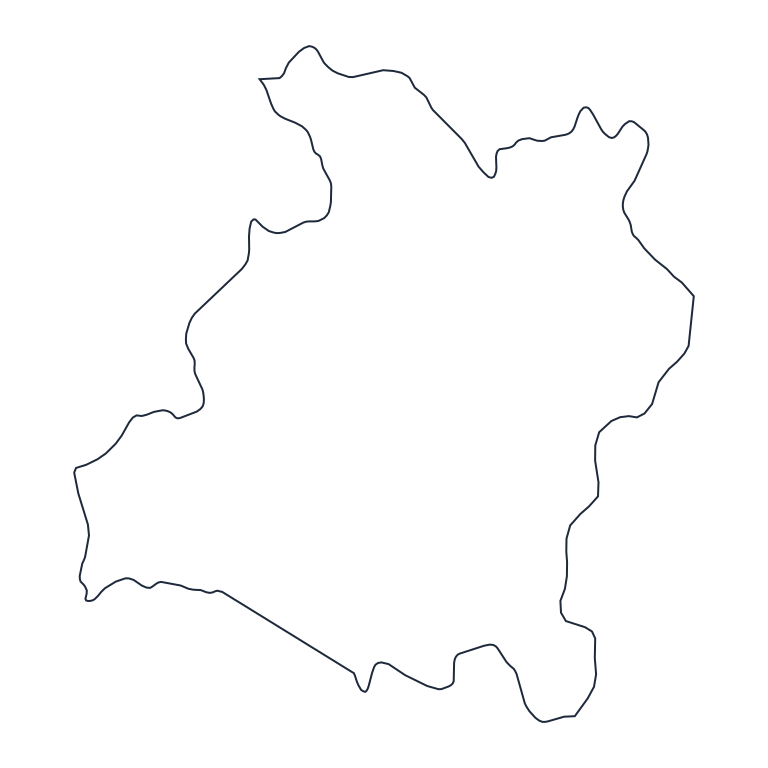 Prachin Buri, Equal Earth projection
{"feature_id": "THA-410", "entity_name": "Prachin Buri", "entity_type": "Province", "adm_level": 1, "iso_a3": "THA", "parent_name": "Thailand", "parent_adm1": "", "projection": "equal_earth", "projection_center": [101.594, 14.089], "detail": "fine", "context": "isolated", "style": "outline", "palette": "slate", "viewbox_px": 768, "rotation_deg": 0, "n_neighbors": 0, "source": "natural_earth", "source_scale": "10m", "svg_char_len": 4150}
<svg xmlns="http://www.w3.org/2000/svg" viewBox="0 0 768 768"><path d="M87.9,601.0L86.1,600.4L85.4,598.8L86.6,593.9L86.8,590.4L84.9,586.3L83.3,584.3L80.6,581.6L79.9,579.3L79.7,576.0L82.3,563.4L83.6,560.8L84.8,557.8L85.2,556.4L89.0,535.4L87.9,524.5L78.3,493.4L74.2,472.7L74.9,470.7L76.1,467.9L86.2,464.8L97.4,459.3L105.8,453.5L115.8,443.6L121.7,435.6L129.1,422.4L132.8,417.6L136.5,415.4L141.8,416.0L146.5,414.8L153.9,411.9L162.4,410.3L164.8,410.4L167.5,411.1L169.9,412.1L171.7,413.3L173.1,414.7L175.4,417.4L177.4,418.3L179.8,418.1L196.8,411.6L200.4,409.0L202.7,406.3L203.5,403.9L203.8,401.9L203.9,398.8L203.6,395.6L203.2,392.5L202.4,389.4L195.2,374.0L194.5,371.2L194.4,367.7L194.7,364.3L194.6,360.8L193.8,358.3L188.2,348.7L186.1,343.5L185.9,339.0L186.3,333.4L189.4,323.0L191.8,317.9L194.8,313.6L241.8,269.0L245.3,264.5L247.6,260.5L248.9,253.3L249.2,249.6L249.0,236.4L249.6,228.5L251.2,221.6L253.5,219.4L255.5,219.5L262.5,226.6L268.8,231.0L274.1,232.7L277.0,233.1L279.8,233.0L285.2,232.0L303.3,222.6L305.8,221.8L308.5,221.4L314.5,221.4L318.3,221.0L324.2,218.1L326.9,215.3L328.8,212.2L330.3,205.9L330.9,202.2L331.3,186.7L330.9,183.2L329.8,180.4L323.3,168.6L322.4,165.6L321.1,159.0L320.1,156.5L318.2,154.8L316.1,153.6L314.4,151.8L313.3,149.3L311.0,139.7L310.0,136.7L308.8,134.2L307.6,131.8L305.8,129.7L302.0,126.3L295.2,122.7L285.3,118.8L280.5,116.3L278.6,114.9L274.9,111.4L273.5,109.0L271.1,103.7L266.3,89.7L263.6,84.5L259.6,79.2L279.5,78.1L281.7,76.3L284.1,73.2L285.8,68.4L288.8,62.6L298.9,51.8L304.1,48.0L309.1,46.1L312.1,46.7L314.6,47.9L316.5,49.6L318.0,51.7L323.3,61.6L324.7,63.6L328.4,67.3L332.5,70.6L337.7,73.3L348.9,77.0L353.0,77.1L383.2,70.2L393.5,71.0L401.6,72.8L407.7,76.4L409.6,78.0L414.8,87.7L424.1,95.0L426.4,97.5L431.4,107.8L432.8,109.9L461.7,139.0L464.9,143.0L478.6,166.7L483.6,172.4L488.5,177.0L491.6,177.8L493.9,176.8L495.2,174.1L496.2,171.0L496.4,167.4L496.0,156.8L496.6,153.5L497.6,151.0L499.6,149.2L506.9,148.2L510.0,147.5L512.5,146.4L514.5,144.8L516.0,142.7L518.3,140.6L522.2,139.1L529.4,138.2L537.1,140.7L541.8,141.0L544.6,140.7L551.0,137.3L565.3,134.8L567.8,134.0L570.0,132.8L571.9,131.2L573.3,129.1L574.6,126.5L577.5,117.6L578.8,114.3L580.4,111.1L583.6,107.7L586.2,107.3L588.4,108.0L590.1,109.9L593.1,114.5L601.1,129.1L602.9,131.8L605.3,134.2L608.9,137.1L611.8,138.0L614.2,137.3L616.2,135.7L617.9,133.7L622.5,126.6L624.9,124.1L629.2,121.2L631.8,121.3L634.1,122.2L643.9,130.2L645.8,132.2L647.1,134.7L648.0,137.7L648.5,144.8L648.0,148.3L647.4,151.5L646.5,154.2L634.6,180.7L626.9,191.4L624.5,196.6L623.5,199.7L622.9,203.0L622.8,206.5L623.3,209.8L624.3,212.7L628.5,219.5L629.7,221.9L630.7,225.0L631.8,231.7L632.9,234.4L634.1,236.2L636.2,237.9L638.4,240.1L644.3,248.4L655.0,259.6L667.0,269.1L673.9,276.6L681.9,282.6L693.8,296.2L688.6,345.9L684.4,353.5L677.1,361.7L669.0,368.8L658.6,382.2L652.1,404.0L644.5,413.5L636.9,417.4L628.9,416.1L620.1,417.2L611.4,421.0L599.2,432.2L595.3,445.3L595.1,460.6L598.5,482.3L598.0,496.4L588.9,506.5L580.5,513.8L570.2,525.4L566.5,538.6L566.3,551.6L567.1,562.4L566.9,576.2L564.9,588.9L560.4,600.9L561.0,612.7L565.9,621.1L585.0,627.2L592.0,631.5L595.2,638.4L594.8,658.0L596.1,674.4L594.0,686.8L587.7,698.4L574.8,716.2L564.1,716.7L547.8,721.4L545.1,721.9L542.4,721.9L539.0,720.5L535.3,717.7L529.5,711.3L526.8,707.2L524.9,703.6L516.5,673.8L515.2,671.1L513.8,668.9L510.0,665.7L506.4,661.9L497.6,648.3L495.9,646.4L493.4,645.0L489.9,644.6L484.2,645.7L460.0,653.5L457.8,654.6L456.0,656.6L454.8,659.2L454.1,662.8L453.7,681.2L452.7,683.5L450.9,685.2L448.8,686.4L441.4,689.1L438.5,689.2L427.2,686.0L405.2,675.2L388.6,664.1L381.3,662.4L378.0,663.0L375.5,664.7L374.2,666.9L372.1,672.8L368.8,685.5L367.9,688.3L366.8,690.4L366.0,691.3L365.5,691.7L364.9,691.8L363.4,691.3L361.1,689.9L358.5,685.4L357.0,682.0L355.0,675.8L353.9,673.2L222.2,591.9L217.2,590.7L214.9,591.4L212.7,592.4L209.8,592.9L206.2,592.2L200.8,590.1L193.3,589.7L188.5,588.8L180.6,585.5L161.1,581.9L158.4,582.5L156.4,583.6L152.2,586.7L150.1,587.9L146.5,587.6L141.9,585.6L133.6,579.9L128.9,578.4L125.5,578.3L115.8,581.6L105.0,588.2L101.4,591.7L98.0,595.9L94.5,599.3L92.4,600.4L90.3,600.9L87.9,601.0Z" fill="none" stroke="#1e293b" stroke-width="2"/></svg>